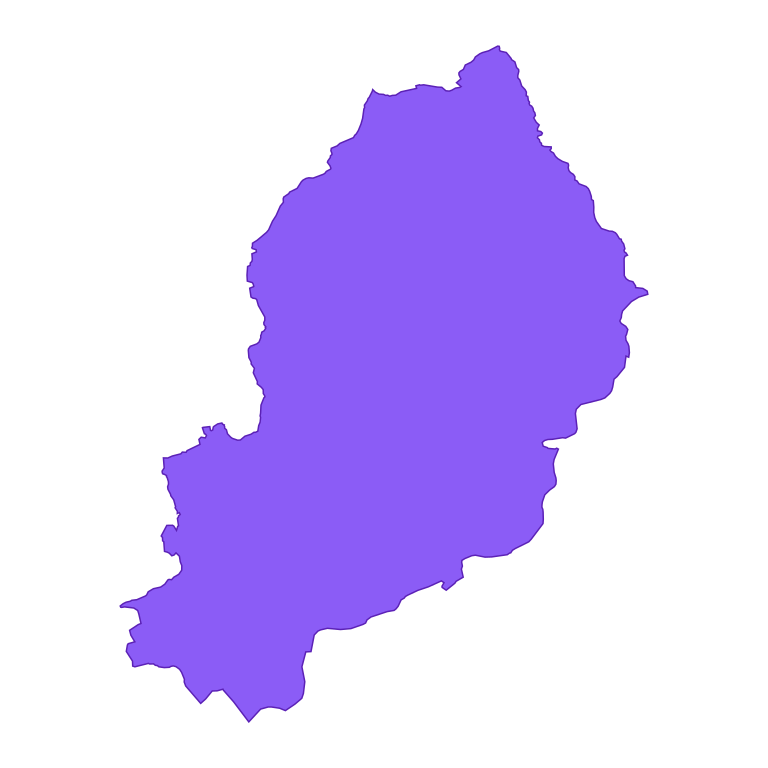 Chiuza, Bistrita-Nasaud, Romania (Robinson projection)
{"feature_id": "2599482B70682729995769", "entity_name": "Chiuza", "entity_type": "district", "adm_level": 2, "iso_a3": "ROU", "parent_name": "Romania", "parent_adm1": "Bistrita-Nasaud", "projection": "robinson", "projection_center": [24.223, 47.242], "detail": "fine", "context": "isolated", "style": "filled", "palette": "violet", "viewbox_px": 768, "rotation_deg": 0, "n_neighbors": 0, "source": "geoboundaries", "source_scale": "gbopen_adm2", "svg_char_len": 6061}
<svg xmlns="http://www.w3.org/2000/svg" viewBox="0 0 768 768"><path d="M248.8,721.9L260.6,709.1L268.1,707.0L271.5,707.0L279.6,708.2L285.4,710.6L295.1,704.0L301.8,698.3L303.4,693.5L304.8,681.7L301.9,666.8L305.8,651.9L311.0,651.6L314.2,635.0L317.9,631.1L320.5,629.9L327.4,628.3L340.5,629.5L350.9,628.6L363.0,624.4L365.6,623.0L367.0,619.9L370.9,617.0L387.2,611.6L394.1,610.4L396.0,608.9L398.1,606.3L401.1,599.9L404.2,598.1L405.4,596.5L407.6,595.2L418.0,590.3L428.4,586.8L441.4,580.9L444.0,582.7L442.0,586.2L442.1,587.4L446.2,590.2L454.9,583.2L456.1,581.3L463.2,577.2L461.4,569.1L462.4,566.1L461.7,562.4L461.9,560.4L465.0,558.5L471.8,555.7L475.4,555.2L485.0,557.1L491.8,556.9L507.3,554.7L509.5,553.1L510.7,552.9L512.4,550.3L515.3,548.5L528.8,541.8L531.3,539.1L543.0,523.6L543.3,519.4L543.1,512.0L542.8,509.3L541.9,507.2L542.0,504.7L542.4,501.8L544.8,494.8L549.7,490.0L554.4,486.6L555.9,484.2L556.2,480.6L555.9,477.9L554.2,472.4L553.3,463.9L554.1,459.5L558.4,449.1L556.7,448.2L555.1,449.0L548.1,448.4L547.3,447.6L543.2,446.2L542.2,442.5L544.6,440.5L547.9,439.5L552.4,439.3L562.6,437.7L565.6,438.1L574.6,433.7L575.9,432.3L577.1,428.8L575.4,413.5L576.3,409.2L580.9,404.5L600.8,399.5L604.9,397.9L609.9,393.3L611.6,390.7L612.7,387.0L614.0,379.2L617.0,376.6L624.5,367.4L626.0,356.1L628.7,357.2L629.4,352.7L628.9,346.3L628.0,343.7L626.0,340.3L625.6,336.2L626.5,334.5L627.8,329.5L625.8,326.4L621.2,323.4L619.8,321.0L621.3,317.6L621.6,314.5L622.6,310.9L631.5,301.5L638.8,297.1L647.8,294.3L647.2,291.1L642.8,288.4L635.6,287.6L635.6,286.0L632.9,281.7L629.0,280.7L626.2,278.8L624.3,275.7L624.1,258.7L624.9,256.3L627.5,255.2L626.0,252.9L624.5,252.0L624.0,250.2L624.9,248.8L623.7,244.0L621.6,241.1L621.2,239.2L619.5,238.8L616.7,234.2L615.3,232.7L612.4,231.3L609.2,231.1L601.4,228.5L596.4,221.5L594.8,217.7L593.7,212.4L593.8,207.1L593.3,200.6L591.5,199.5L591.3,196.4L589.7,191.4L588.3,188.6L586.1,186.5L579.0,183.8L577.1,181.0L574.8,179.9L574.9,176.7L573.4,174.4L570.6,172.6L568.9,170.6L568.2,167.7L568.6,165.1L568.0,163.4L562.4,161.4L557.9,158.7L555.4,156.3L553.5,153.0L551.0,151.5L549.9,150.1L551.2,148.7L551.2,146.9L544.1,146.5L541.6,145.3L541.4,143.3L539.8,141.8L539.4,139.7L537.4,137.8L537.9,136.1L541.6,134.9L542.4,133.1L540.8,131.5L537.5,130.8L537.5,128.3L539.2,125.0L536.3,122.3L533.7,117.9L535.4,115.5L534.8,112.7L533.6,111.1L533.0,108.2L531.6,106.1L529.8,105.1L529.1,103.5L529.5,102.2L528.3,100.4L527.8,96.4L526.2,95.8L526.4,92.1L525.1,89.6L521.7,86.0L519.8,80.0L517.8,77.7L517.8,75.5L518.8,71.3L518.6,69.5L516.6,67.6L514.9,61.9L511.5,59.6L511.1,58.4L506.3,52.5L500.2,51.1L499.4,49.6L499.7,48.3L499.2,46.3L497.7,46.1L488.7,50.8L482.4,52.6L479.8,53.8L475.4,56.9L473.7,60.0L471.1,62.2L465.3,65.0L463.4,69.4L460.1,71.4L458.9,72.9L459.0,74.9L460.9,78.9L456.5,82.7L461.1,86.6L459.8,87.4L455.5,88.1L451.8,90.2L449.3,91.1L445.9,90.8L441.8,87.3L437.5,87.1L423.7,84.8L420.5,85.2L419.5,84.8L415.9,85.8L416.6,88.4L401.0,91.8L395.7,95.2L392.3,95.4L389.7,96.2L387.7,95.2L385.5,95.4L383.6,94.4L379.1,94.1L375.4,92.2L372.7,89.6L372.4,91.0L369.2,97.4L368.1,98.5L367.3,100.9L364.4,105.1L364.6,107.7L363.9,108.9L362.6,118.4L361.0,124.0L358.4,130.4L356.3,133.9L354.7,135.3L353.5,137.6L339.9,143.4L337.1,145.9L331.3,148.3L330.9,150.8L331.9,153.2L331.9,154.6L330.4,155.9L330.3,157.5L327.8,161.0L327.4,162.3L330.0,165.8L330.9,168.2L330.6,169.1L326.3,171.4L325.0,173.2L323.5,174.2L313.1,178.1L308.8,177.8L306.1,178.4L303.0,180.1L301.4,181.7L297.1,188.4L289.6,192.1L288.8,193.6L283.8,197.0L283.2,198.7L283.4,202.3L280.3,206.1L276.1,215.6L272.5,221.2L268.6,229.9L266.5,232.4L257.1,240.3L252.5,243.2L252.4,246.3L251.8,247.6L252.2,248.5L256.1,249.7L256.4,251.9L251.9,253.8L252.3,259.3L251.9,261.3L250.3,263.0L250.1,265.4L247.6,266.5L247.0,275.1L247.3,281.1L252.3,282.6L253.0,283.6L253.8,286.2L253.7,286.6L249.7,288.2L251.0,297.0L252.9,298.2L255.5,298.6L256.7,299.6L258.4,305.6L264.8,317.0L264.8,320.2L263.8,322.6L263.9,323.8L264.0,324.6L265.8,326.9L265.3,327.4L265.7,328.3L264.1,330.8L261.7,332.2L261.4,334.1L260.7,335.6L260.8,337.7L259.0,342.1L256.8,343.9L250.3,346.3L248.5,348.9L248.3,350.4L248.9,357.6L250.9,361.4L251.3,362.7L251.1,363.9L254.4,368.3L253.3,372.8L257.4,381.6L257.2,383.9L261.3,387.3L263.2,389.6L263.3,393.6L264.6,395.6L264.9,396.9L263.9,397.8L261.0,405.1L260.6,413.1L260.1,415.9L260.6,417.5L260.1,422.2L258.7,425.6L257.8,431.2L255.6,432.3L253.9,432.3L251.1,434.2L244.9,436.2L240.4,440.0L237.7,440.2L232.4,438.4L230.6,437.1L227.5,433.8L226.4,429.7L224.7,428.3L224.6,426.3L224.1,425.6L224.3,424.9L222.6,424.2L221.9,423.0L217.7,423.9L214.2,426.2L213.3,427.0L212.7,430.0L211.4,430.7L210.5,430.4L209.8,426.6L202.9,427.4L202.4,427.7L204.4,433.8L205.5,434.1L206.5,435.6L205.3,437.9L201.2,437.2L198.9,439.4L200.0,444.4L187.1,450.6L186.1,452.3L182.3,452.1L180.9,453.8L172.3,456.0L167.8,458.0L163.4,457.9L164.2,468.0L162.1,471.1L162.3,473.0L163.1,474.1L163.9,474.1L166.5,475.5L166.5,476.8L167.1,477.4L168.4,481.6L168.5,484.1L167.6,486.8L168.0,489.4L170.5,494.2L170.8,495.8L173.7,499.8L175.6,506.7L175.1,507.8L177.4,511.4L177.3,513.5L179.3,512.6L180.2,514.5L178.5,516.0L178.4,517.2L177.4,518.3L178.5,525.8L177.7,526.4L176.5,530.4L173.8,526.1L172.6,525.3L166.8,525.4L161.2,536.0L162.5,537.5L162.6,540.8L163.8,541.8L164.5,551.4L167.4,552.2L169.3,553.2L171.8,555.8L174.1,555.0L176.0,552.9L179.4,556.2L180.3,561.9L181.8,565.6L181.7,570.2L178.8,574.3L173.8,577.2L171.6,579.7L169.0,579.4L167.9,579.9L164.8,584.2L160.6,587.1L153.4,588.7L148.2,591.8L146.7,594.9L145.6,595.9L136.8,599.7L131.7,600.3L130.4,601.2L126.1,602.2L123.1,603.7L120.2,606.0L120.7,607.2L121.6,607.4L124.6,606.9L133.8,608.0L137.7,610.5L138.8,613.9L141.0,623.5L138.2,624.6L129.6,630.3L130.9,635.3L134.8,641.8L128.2,643.7L127.4,645.0L126.3,651.4L132.5,661.1L132.7,666.1L134.9,666.8L148.4,663.4L149.6,664.0L153.6,663.9L155.3,665.3L157.4,665.6L158.8,666.8L164.3,667.6L169.4,667.3L170.9,666.4L173.2,665.9L176.1,666.7L179.6,669.3L181.6,672.4L184.4,679.2L184.2,682.0L185.7,686.0L200.7,703.4L205.7,698.9L212.2,691.0L217.3,690.8L223.0,689.2L223.4,690.2L233.6,701.8L248.8,721.9Z" fill="#8b5cf6" stroke="#5b21b6" stroke-width="1.5"/></svg>